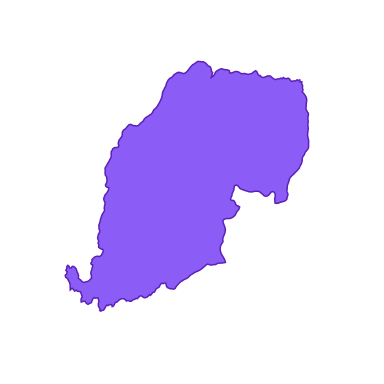 Itacambira, Minas Gerais, Brazil (Equal Earth projection), rotated 203°
{"feature_id": "56859067B7799529172326", "entity_name": "Itacambira", "entity_type": "district", "adm_level": 2, "iso_a3": "BRA", "parent_name": "Brazil", "parent_adm1": "Minas Gerais", "projection": "equal_earth", "projection_center": [-43.326, -16.911], "detail": "fine", "context": "isolated", "style": "filled", "palette": "violet", "viewbox_px": 384, "rotation_deg": 203, "n_neighbors": 0, "source": "geoboundaries", "source_scale": "gbopen_adm2", "svg_char_len": 6032}
<svg xmlns="http://www.w3.org/2000/svg" viewBox="0 0 384 384"><g transform="rotate(203 192 192)"><path d="M247.7,297.5L249.6,297.3L251.1,297.0L252.4,295.8L253.5,294.2L254.4,292.8L255.0,290.7L255.6,289.4L256.7,288.2L257.6,286.0L257.8,283.9L257.9,281.7L257.5,279.3L257.8,277.3L257.8,275.6L258.0,273.8L258.0,272.1L257.5,270.5L257.0,268.4L256.7,266.8L256.8,265.2L256.8,262.9L257.1,259.8L257.5,257.2L258.1,254.9L259.3,252.7L259.4,250.0L259.9,247.7L261.0,246.5L261.6,245.2L262.8,243.7L263.9,241.9L264.5,240.2L264.6,238.5L265.3,236.9L266.2,235.5L267.4,232.2L269.0,231.0L270.5,230.8L272.0,230.1L273.6,230.3L275.0,230.3L276.4,229.1L277.2,226.8L277.8,224.4L279.2,222.3L279.5,219.8L278.7,217.8L278.3,216.2L278.7,213.9L279.4,211.3L279.2,209.1L278.7,207.3L277.5,206.4L277.4,204.6L278.9,203.4L280.4,202.8L281.8,201.0L281.8,199.2L282.1,197.5L281.3,195.5L280.6,194.0L280.0,192.4L280.3,190.2L280.4,187.6L280.8,185.2L281.0,182.6L281.4,180.0L280.5,178.3L279.4,175.4L278.4,173.7L276.6,172.7L275.5,170.8L274.5,169.1L274.2,167.0L274.5,164.9L273.8,163.7L272.4,163.2L270.4,163.5L269.7,161.3L269.8,159.6L270.1,157.7L270.9,155.4L270.7,151.3L269.4,149.6L268.3,148.6L267.4,147.3L267.1,144.9L266.4,142.7L265.3,141.0L265.5,138.4L265.8,136.9L265.9,135.1L265.7,132.8L265.5,130.8L265.1,129.0L264.9,127.0L264.7,124.9L263.0,121.4L261.9,120.5L261.3,118.8L261.6,116.8L261.4,115.1L261.0,112.9L259.5,111.1L258.5,110.1L258.6,108.3L257.3,107.1L256.3,104.5L253.2,104.0L251.5,104.3L250.7,103.0L250.5,101.3L250.8,98.2L251.9,96.4L253.9,96.0L255.2,95.1L256.3,94.0L257.1,92.1L257.7,90.7L256.9,89.1L257.3,86.9L256.2,85.9L255.1,86.2L254.4,84.8L254.3,83.0L253.8,81.2L253.9,79.7L253.4,77.6L252.0,75.8L250.8,73.4L251.7,71.5L252.1,70.0L253.1,68.9L254.4,68.1L256.0,66.5L257.2,66.4L258.8,66.8L260.3,67.6L261.7,67.8L263.0,68.4L263.8,70.8L265.1,72.4L266.3,73.3L268.6,76.0L270.4,76.9L272.2,77.2L273.2,76.6L273.7,74.6L275.2,74.4L276.3,75.7L277.6,76.0L278.1,74.6L277.4,72.9L277.5,70.5L275.8,69.9L275.4,67.4L276.2,65.8L274.9,64.1L272.8,63.7L271.5,62.5L269.1,60.6L267.8,58.7L266.8,56.4L265.8,54.3L264.8,56.6L262.8,55.8L261.3,54.9L260.3,56.4L258.9,55.9L255.5,56.6L254.6,55.4L253.6,54.3L252.2,52.7L252.3,50.2L251.7,48.6L251.0,47.4L249.1,49.0L247.6,49.6L245.9,48.3L243.8,47.9L242.8,49.4L241.4,50.8L241.6,52.4L241.5,54.7L240.9,56.5L239.4,56.5L238.3,57.3L237.1,57.9L236.1,56.3L235.0,55.2L234.7,53.0L233.8,50.7L232.4,49.3L231.0,48.5L230.7,46.9L229.4,46.7L228.3,48.0L227.2,48.8L226.8,50.8L226.7,53.1L226.3,54.6L225.0,54.5L223.9,56.0L222.0,57.0L220.7,55.3L219.7,56.5L219.5,58.5L219.4,60.3L218.0,61.5L217.3,63.3L216.4,64.8L215.4,66.0L214.1,66.8L212.7,67.0L211.4,66.9L209.9,66.0L208.4,67.2L206.6,67.1L205.1,67.8L204.1,70.0L202.8,70.8L201.9,72.1L200.6,72.5L199.9,74.6L199.2,76.0L197.6,76.7L196.1,76.1L194.7,76.0L193.2,76.8L192.2,77.9L191.5,79.3L191.1,80.9L190.0,80.5L189.3,82.0L188.9,84.2L187.4,85.3L187.2,88.8L185.1,91.7L185.0,94.2L184.3,96.2L182.9,96.3L181.7,97.5L180.4,97.7L179.5,96.4L178.5,95.1L177.1,94.4L174.2,94.4L172.8,95.1L171.2,95.2L169.8,96.6L169.6,98.9L169.1,100.6L168.0,103.7L167.0,105.5L166.0,106.7L165.3,108.0L163.1,110.4L162.2,111.7L161.5,113.6L160.6,115.5L159.4,116.9L158.3,118.8L157.1,120.1L155.8,121.3L154.2,123.3L153.0,125.2L152.0,127.3L151.1,129.0L150.4,130.5L149.6,131.7L146.0,132.1L143.3,133.8L141.8,134.5L140.9,135.9L139.8,136.9L138.3,137.5L136.7,138.3L135.4,139.1L133.7,140.2L134.9,141.8L136.0,142.9L137.3,143.8L138.5,144.8L139.7,145.7L141.1,146.7L142.3,148.1L143.7,150.3L144.5,152.8L144.6,155.5L144.1,157.2L144.2,158.8L145.0,160.1L145.6,161.6L145.7,167.0L146.3,169.6L147.0,171.3L149.0,173.5L151.4,176.1L152.4,177.7L151.8,179.3L150.8,180.3L149.7,181.2L148.0,181.8L146.5,182.6L145.2,183.9L144.2,185.3L143.3,187.4L143.1,190.0L142.9,191.8L142.1,194.2L142.3,196.9L144.0,197.2L145.5,197.0L146.8,197.6L147.7,198.6L149.2,200.0L150.9,200.4L152.2,199.8L153.6,200.2L154.0,201.8L153.8,203.9L154.4,206.2L154.3,210.4L154.8,211.9L155.4,214.1L154.1,215.7L152.3,215.7L151.0,215.0L149.5,214.1L148.0,213.9L143.1,214.1L141.7,214.4L140.2,214.4L138.6,214.8L136.9,215.5L135.8,216.2L134.8,217.0L133.2,217.8L131.6,218.4L130.2,218.7L126.1,217.5L124.4,216.8L122.6,216.8L121.4,217.5L120.3,218.9L119.6,220.9L119.0,223.0L117.5,224.1L115.9,223.7L114.4,222.3L113.6,220.0L113.3,218.1L112.3,216.2L111.2,214.2L109.6,214.6L108.1,215.5L106.8,216.9L103.8,219.3L102.4,220.8L101.9,222.6L102.4,224.6L102.5,226.3L103.1,228.0L104.5,229.0L105.2,230.3L105.7,232.4L106.7,234.8L106.9,237.5L107.0,239.7L107.4,241.8L107.2,244.0L106.4,246.0L105.4,248.2L104.8,249.8L103.5,253.0L102.6,255.7L102.7,258.5L102.3,260.5L102.5,262.2L102.9,264.3L103.6,265.6L103.8,267.8L103.2,270.3L103.4,272.7L102.6,274.9L102.1,276.8L102.3,279.1L103.2,281.1L103.8,282.6L104.3,284.0L105.3,285.8L106.6,287.5L107.4,288.9L108.2,290.1L108.6,292.0L109.3,293.9L109.7,295.7L111.5,298.9L112.1,300.4L112.5,302.3L113.5,303.8L114.1,305.1L114.7,307.0L115.1,308.9L116.0,310.2L117.2,310.8L119.7,313.2L120.3,315.2L120.9,316.8L121.6,319.0L122.2,321.2L123.3,323.1L124.6,324.4L125.9,325.3L127.1,326.1L129.7,327.2L129.6,329.1L131.0,331.0L131.7,333.1L133.3,334.6L134.0,336.4L135.3,335.4L136.6,337.3L137.7,336.2L139.0,336.4L140.0,334.7L141.8,334.1L143.3,332.7L145.3,333.3L146.8,334.3L148.1,334.3L149.5,333.1L151.2,332.8L152.7,333.1L153.2,331.5L154.6,331.6L156.2,330.1L157.7,329.3L159.5,327.9L161.5,328.2L163.5,328.8L165.1,329.4L167.7,328.5L170.0,326.1L171.7,325.0L173.4,325.0L174.7,325.9L175.8,325.4L177.0,326.0L178.3,327.1L179.3,328.1L180.8,328.5L182.0,327.0L182.7,325.4L183.8,324.0L186.4,322.1L188.2,321.9L189.8,321.7L191.2,320.9L193.3,320.1L195.1,320.6L197.0,320.6L199.0,320.0L200.3,318.8L201.6,317.4L203.8,316.3L205.1,318.3L206.9,318.3L208.6,317.9L210.2,317.2L212.2,317.2L213.5,316.7L215.8,314.1L216.7,312.7L217.2,311.2L217.2,309.2L217.7,306.9L219.1,305.0L219.3,307.5L219.7,310.0L221.2,310.7L222.3,312.5L223.7,314.1L225.0,314.5L226.3,314.4L227.8,315.0L229.4,315.9L231.1,316.2L232.7,316.3L234.1,315.5L236.0,315.1L237.8,314.4L240.0,310.8L241.1,309.4L242.0,307.1L243.6,301.0L244.5,299.2L245.8,297.8L247.7,297.5Z" fill="#8b5cf6" stroke="#5b21b6" stroke-width="1.5"/></g></svg>